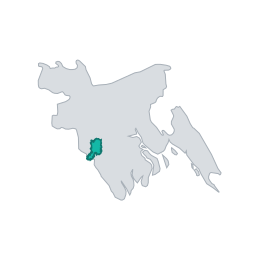 location of Jhenaidah, Khulna, Bangladesh, rotated 338°
{"feature_id": "16705992B77509092527129", "entity_name": "Jhenaidah", "entity_type": "district", "adm_level": 2, "iso_a3": "BGD", "parent_name": "Bangladesh", "parent_adm1": "Khulna", "projection": "albers", "projection_center": [89.072, 23.495], "detail": "fine", "context": "in_parent", "style": "filled", "palette": "teal", "viewbox_px": 256, "rotation_deg": 338, "n_neighbors": 0, "source": "geoboundaries", "source_scale": "gbopen_adm2", "svg_char_len": 7564}
<svg xmlns="http://www.w3.org/2000/svg" viewBox="0 0 256 256"><g transform="rotate(338 128 128)"><path d="M88.9,180.2L88.9,174.3L85.0,162.7L85.2,161.4L84.4,155.8L83.4,152.7L82.9,149.4L85.2,144.6L84.3,143.9L79.2,142.4L78.6,141.2L79.7,136.5L76.0,132.1L74.5,128.8L78.5,118.1L79.5,110.7L79.2,109.2L76.8,107.6L72.6,106.9L69.6,105.5L67.8,103.4L66.3,102.5L64.5,103.1L62.1,102.3L60.2,100.2L58.5,97.7L59.2,94.9L62.3,88.4L63.5,88.2L66.2,89.5L67.2,89.5L68.9,86.9L71.4,79.5L80.0,80.2L82.0,79.9L84.2,79.4L85.4,78.4L86.0,77.3L85.8,76.2L83.2,74.8L82.1,73.8L81.4,70.8L80.7,69.7L75.5,69.6L72.8,68.2L71.4,67.0L68.8,62.9L65.5,59.9L62.5,59.2L61.3,58.2L60.6,56.7L61.0,54.5L62.6,50.3L71.1,41.1L71.3,40.1L71.0,38.9L68.5,37.5L68.4,36.7L69.1,34.8L70.5,34.6L73.4,36.3L76.4,39.2L78.1,41.7L78.2,43.7L80.5,44.1L82.4,45.0L84.4,44.7L85.7,45.2L86.6,45.0L86.9,43.9L85.2,41.0L86.0,39.8L88.0,39.9L89.4,40.9L90.4,43.2L90.6,46.6L92.9,49.7L95.9,52.0L98.3,53.0L101.1,53.7L103.5,53.0L104.7,50.8L104.2,48.9L104.6,47.1L105.5,46.1L107.0,46.2L108.2,47.6L111.5,55.0L110.9,58.3L111.6,67.4L110.8,73.4L111.4,75.7L111.9,76.1L117.0,77.2L124.2,79.5L129.8,80.4L154.9,79.4L160.4,80.5L177.2,79.3L181.8,81.1L186.9,84.1L189.7,86.3L190.2,87.6L190.0,88.8L189.0,89.4L187.3,89.5L183.3,88.1L182.7,88.5L182.7,92.1L179.7,101.2L179.3,104.0L178.2,105.1L174.9,105.7L172.7,111.0L171.8,111.7L169.6,110.6L168.3,110.8L166.6,111.3L164.9,112.6L163.7,114.1L162.4,114.6L157.7,114.6L156.8,117.1L153.8,120.3L151.7,128.8L151.9,131.4L154.7,138.1L156.6,146.8L157.4,147.7L158.3,147.7L158.2,143.7L159.1,143.2L160.2,143.6L162.5,149.0L163.8,150.3L165.8,150.7L168.1,149.8L169.7,148.2L170.4,146.5L169.7,140.6L170.7,138.2L174.5,134.6L175.0,133.4L174.6,127.6L176.1,127.3L178.1,127.8L180.5,126.3L181.2,126.3L182.3,127.7L184.1,127.4L187.0,139.1L187.3,147.3L188.1,151.9L189.0,152.9L192.1,159.7L195.5,183.9L196.2,199.2L197.5,204.4L196.5,205.6L195.6,205.9L194.6,204.1L188.2,200.3L186.7,200.7L184.6,203.1L183.8,205.2L184.2,208.1L185.0,211.0L186.5,212.7L186.7,214.5L188.5,221.4L188.0,221.4L184.4,215.2L180.1,209.1L178.5,198.0L178.3,192.6L175.3,186.2L172.4,175.0L173.5,171.0L171.5,172.8L168.3,166.1L163.3,159.6L161.8,156.7L161.7,153.9L159.6,156.7L156.8,158.8L153.9,161.9L152.0,162.8L145.8,163.4L142.2,159.5L137.0,149.6L136.3,147.4L136.9,141.6L135.6,136.1L135.2,131.2L134.3,131.7L134.0,133.0L134.2,135.1L133.8,136.8L125.3,135.7L128.9,138.6L132.9,139.2L134.9,141.8L135.1,146.1L131.3,148.8L131.6,150.9L133.9,153.6L131.2,154.4L130.5,156.1L130.4,158.6L132.4,162.4L132.0,163.9L135.3,168.8L136.0,171.2L135.2,174.6L128.3,181.5L126.3,186.3L124.5,188.6L122.4,189.1L119.7,186.8L119.7,184.4L120.2,182.5L123.8,178.0L121.8,178.6L116.1,182.4L115.0,179.4L114.3,176.6L114.3,173.1L117.0,168.0L113.9,170.6L113.1,173.8L113.5,177.5L113.1,180.2L111.9,183.7L110.2,185.8L107.5,187.2L106.3,189.2L104.5,190.8L103.9,183.7L101.9,174.3L101.5,176.3L102.5,182.2L102.5,186.0L101.0,189.0L98.1,192.3L95.8,192.7L94.5,192.2L90.2,187.4L89.8,182.7L88.9,180.2ZM141.0,180.0L135.7,181.2L133.0,180.9L137.9,172.3L137.7,168.5L136.9,165.4L134.4,162.9L134.2,161.1L133.1,158.7L132.4,155.9L135.2,154.9L137.5,156.5L138.4,159.8L139.5,162.2L143.5,167.1L143.5,170.2L142.5,177.7L141.0,180.0ZM152.2,177.1L149.0,179.4L149.9,165.9L152.3,170.9L152.9,173.6L152.2,177.1ZM164.3,170.2L162.9,171.1L161.6,170.3L159.8,167.2L160.6,163.2L161.1,162.6L163.2,166.6L164.3,170.2ZM176.6,198.3L174.8,198.5L173.9,197.6L174.3,196.2L173.7,191.9L176.0,191.4L177.0,195.0L176.6,198.3ZM174.4,186.2L173.1,190.5L172.5,188.6L173.4,184.8L174.4,186.2ZM136.5,151.7L137.1,153.1L134.2,151.3L133.4,150.0L134.7,149.3L136.5,151.7Z" fill="#d9dde1" stroke="#a8b0b8" stroke-width="1"/><path d="M80.4,138.7L80.2,139.0L79.9,138.9L79.7,139.2L79.8,139.3L79.7,139.3L79.5,139.2L79.4,139.2L79.4,139.4L79.6,139.5L79.4,140.0L79.7,140.0L79.9,140.3L79.8,140.5L79.6,140.8L79.5,140.7L79.3,140.5L79.4,140.3L79.2,140.4L79.2,140.5L79.3,140.9L79.2,141.0L79.0,140.8L78.9,140.7L78.6,140.8L78.7,140.7L78.8,140.6L78.7,140.5L78.3,140.9L78.3,141.2L78.7,141.2L78.8,141.4L78.8,141.7L79.2,141.9L79.0,142.4L79.4,142.6L80.0,142.9L80.2,142.7L80.5,142.7L80.8,143.1L80.7,143.1L80.7,143.4L80.8,143.5L81.1,143.5L81.5,143.6L81.8,143.5L81.7,143.4L81.6,143.2L81.7,142.6L81.7,142.4L81.8,142.4L81.8,142.5L82.3,142.7L82.1,143.0L82.5,142.8L82.6,143.0L82.8,143.1L83.0,143.0L83.3,143.1L83.6,143.1L84.0,143.2L84.0,143.3L84.0,143.2L84.1,142.7L84.3,142.7L84.6,142.7L84.8,142.6L84.6,142.4L84.6,142.2L84.7,142.3L84.8,142.1L84.9,141.9L84.7,141.7L84.6,141.8L84.7,141.7L84.4,141.8L84.4,141.7L84.9,141.6L85.0,141.7L85.4,141.6L85.4,141.4L85.6,141.4L85.8,141.4L86.0,141.5L86.0,141.4L86.3,141.3L86.4,141.2L86.3,140.9L86.2,140.8L86.4,140.6L86.4,140.3L86.2,140.2L86.4,140.0L86.8,139.5L87.5,139.5L88.0,139.4L88.4,139.3L88.4,139.2L88.2,139.1L88.1,138.9L87.9,138.9L87.8,138.7L88.0,138.7L88.3,138.5L88.6,138.6L88.6,139.0L88.9,139.1L89.0,139.0L89.3,138.9L89.4,139.0L89.5,139.2L89.4,139.5L89.2,139.5L89.0,139.8L89.2,140.0L89.3,140.5L89.0,140.7L88.7,141.0L88.8,141.2L89.1,140.8L89.4,140.7L89.7,140.6L90.1,140.8L90.4,141.1L90.5,141.1L90.6,141.4L90.9,141.6L91.3,141.8L91.4,141.7L91.7,141.7L91.8,141.4L92.2,141.5L92.4,141.5L92.5,141.3L93.0,141.3L93.3,141.2L93.6,140.9L93.6,140.7L93.7,140.1L93.8,140.4L94.0,140.3L94.0,140.2L94.3,140.2L94.6,140.0L94.7,139.8L94.6,139.7L94.4,139.5L94.6,139.5L95.0,139.5L94.9,139.5L95.0,139.4L94.9,139.2L95.0,138.9L95.1,138.7L94.9,138.5L94.7,138.4L94.9,138.3L94.7,137.9L94.9,137.8L94.8,137.7L95.1,137.6L95.2,137.4L95.0,137.2L95.4,136.9L95.5,136.8L95.3,136.7L95.0,136.6L95.0,136.4L95.3,136.4L95.6,136.5L95.7,136.4L95.8,136.5L96.1,136.2L96.3,136.1L96.3,135.9L96.4,135.6L96.5,135.4L96.6,135.0L96.5,134.6L96.3,134.5L96.4,134.3L96.5,134.4L96.6,134.2L96.4,134.0L96.6,133.9L96.4,133.6L96.5,133.2L96.8,133.0L96.8,132.7L97.0,132.3L97.4,132.2L97.5,132.2L97.7,131.9L97.7,131.6L97.6,131.3L97.7,131.2L97.8,130.7L98.0,130.2L98.0,129.9L98.2,129.6L98.3,129.7L98.6,129.1L98.3,129.2L98.2,128.9L97.9,128.9L97.8,128.6L97.4,128.2L97.2,128.0L97.0,127.9L97.0,127.7L96.8,127.4L96.7,127.3L96.7,127.0L96.6,126.9L96.3,126.8L95.9,126.8L95.6,126.6L95.3,126.6L95.1,126.1L94.9,125.9L94.7,125.9L94.6,126.0L94.4,126.0L94.0,126.0L93.8,126.0L93.7,126.1L93.8,126.2L93.6,126.2L93.5,126.4L93.3,126.5L93.0,126.5L92.9,126.3L92.7,126.4L92.6,126.5L92.4,126.6L92.4,126.8L92.1,126.8L92.1,127.2L91.7,127.2L91.2,127.2L91.2,127.4L91.0,127.5L91.1,127.9L90.9,128.1L90.7,127.7L90.8,127.4L90.9,127.1L90.9,126.8L90.7,126.8L90.5,127.1L90.3,127.1L90.2,126.6L89.9,126.5L89.9,126.1L89.4,126.1L89.5,125.7L89.4,125.6L89.2,125.7L89.0,125.9L89.0,126.1L89.2,126.4L89.3,126.8L89.6,127.0L89.2,127.3L88.8,127.0L88.7,127.0L88.5,127.3L89.0,127.5L88.5,128.2L88.3,128.2L88.1,128.1L88.0,127.9L87.9,127.7L87.7,127.7L87.6,128.2L87.6,128.6L87.6,129.0L87.8,129.4L87.7,129.9L87.7,130.0L87.7,130.3L87.6,130.5L87.5,131.1L87.1,131.6L86.9,131.8L86.9,132.0L87.0,132.2L86.9,132.3L86.8,132.5L86.7,132.6L86.8,132.9L86.7,133.0L86.2,132.7L86.1,132.8L85.8,132.8L85.6,132.9L85.6,133.0L85.4,133.3L85.5,133.6L85.7,133.8L85.8,134.0L85.7,134.4L85.8,135.0L85.6,135.3L85.5,135.5L85.3,135.7L85.3,136.1L85.0,136.3L85.5,136.3L85.8,136.5L85.7,136.7L85.4,136.7L85.5,136.8L85.4,137.0L85.5,137.2L85.5,137.3L85.0,137.3L84.9,137.1L84.7,137.3L85.0,137.3L85.0,137.5L84.9,137.5L84.6,137.5L84.3,137.4L84.2,137.4L84.1,137.5L83.9,137.5L83.9,137.4L83.7,137.5L83.7,137.8L83.6,138.0L83.4,138.1L83.2,138.4L83.3,138.3L83.1,138.5L83.1,138.3L83.1,138.2L83.0,138.5L82.8,138.4L82.7,138.4L82.5,138.2L82.4,138.0L82.2,138.5L81.9,138.2L81.7,138.1L81.6,138.4L81.3,138.6L81.2,138.7L81.1,138.4L80.6,138.9L80.8,138.5L80.7,138.5L80.4,138.7L80.4,138.7Z" fill="#14b8a6" stroke="#0f766e" stroke-width="1.5"/></g></svg>